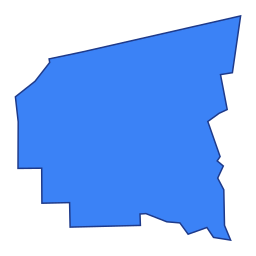 St. James, Louisiana, United States of America
{"feature_id": "52423323B72947560407101", "entity_name": "St. James", "entity_type": "district", "adm_level": 2, "iso_a3": "USA", "parent_name": "United States of America", "parent_adm1": "Louisiana", "projection": "mercator", "projection_center": [-90.779, 30.028], "detail": "fine", "context": "isolated", "style": "filled", "palette": "blue", "viewbox_px": 256, "rotation_deg": 0, "n_neighbors": 0, "source": "geoboundaries", "source_scale": "gbopen_adm2", "svg_char_len": 529}
<svg xmlns="http://www.w3.org/2000/svg" viewBox="0 0 256 256"><path d="M15.4,96.8L18.2,121.8L18.0,168.4L41.7,168.2L41.9,203.2L69.6,202.6L69.8,212.2L70.1,227.1L140.4,225.4L140.0,214.0L145.9,213.6L166.8,221.8L179.9,222.9L188.1,234.2L206.9,227.5L213.5,237.4L230.6,240.1L224.5,225.4L223.8,189.8L217.7,178.1L223.3,166.0L217.2,160.9L220.1,156.6L207.8,121.5L219.1,113.3L227.2,109.5L220.5,74.6L232.4,72.7L240.6,15.9L194.5,26.4L81.5,52.1L49.1,58.9L49.7,62.5L35.0,81.3L15.4,96.8Z" fill="#3b82f6" stroke="#1e3a8a" stroke-width="1.5"/></svg>